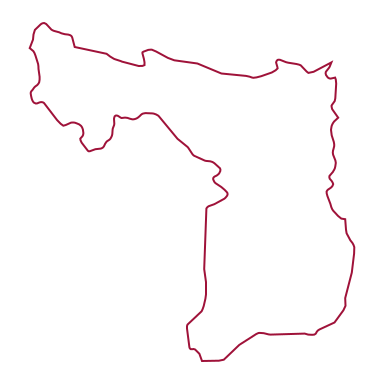 the border of Suphan Buri
{"feature_id": "THA-403", "entity_name": "Suphan Buri", "entity_type": "Province", "adm_level": 1, "iso_a3": "THA", "parent_name": "Thailand", "parent_adm1": "", "projection": "mercator", "projection_center": [99.785, 14.567], "detail": "fine", "context": "isolated", "style": "outline", "palette": "rose", "viewbox_px": 384, "rotation_deg": 0, "n_neighbors": 0, "source": "natural_earth", "source_scale": "10m", "svg_char_len": 3816}
<svg xmlns="http://www.w3.org/2000/svg" viewBox="0 0 384 384"><path d="M331.4,62.4L329.8,66.4L329.3,67.4L328.4,68.6L326.4,71.1L325.8,72.0L325.6,73.3L326.0,75.0L327.8,77.5L329.3,78.4L330.7,78.6L335.1,77.6L335.8,79.6L336.2,83.6L335.3,98.3L334.7,101.1L331.9,105.0L331.5,105.9L331.8,107.7L332.2,109.2L338.2,117.7L334.1,121.5L332.8,123.4L331.8,125.5L331.5,126.7L331.0,129.8L331.7,135.3L333.8,141.9L334.2,144.2L334.2,146.1L333.5,149.0L333.0,150.7L332.8,152.7L333.1,154.7L335.4,160.5L335.8,162.9L335.3,166.4L334.8,168.4L334.1,169.9L333.5,170.8L333.0,171.8L329.5,175.9L329.3,177.1L329.7,178.7L331.6,180.9L332.6,182.5L333.2,184.1L332.5,185.9L331.6,187.0L330.6,187.9L329.7,188.5L327.9,189.7L327.2,190.5L326.6,191.5L326.7,193.4L327.4,196.0L330.4,203.9L331.3,207.1L332.2,209.2L333.2,210.7L338.0,215.9L341.3,218.6L345.2,219.2L346.0,229.6L346.6,233.3L350.4,240.4L352.4,242.9L353.5,244.9L354.3,247.2L354.1,253.6L351.8,272.6L345.2,298.1L345.5,305.8L343.4,310.3L334.5,322.5L319.8,329.3L318.4,330.1L317.5,330.9L316.7,331.9L316.2,332.9L315.6,333.8L314.3,334.6L312.2,334.8L308.2,334.6L304.7,333.6L270.4,334.6L268.6,334.4L263.8,333.2L259.6,332.9L258.5,333.0L256.3,334.0L239.4,344.8L223.8,359.7L218.9,360.7L202.0,361.0L199.4,353.8L195.1,349.5L193.5,349.0L192.2,349.2L190.6,349.1L189.8,348.3L189.4,347.2L187.0,328.5L187.0,326.1L187.5,324.6L201.6,311.3L202.6,309.2L203.7,306.1L205.4,298.8L206.0,294.4L206.0,282.1L204.2,269.1L206.4,208.5L207.0,207.6L207.8,206.8L208.7,206.2L214.3,204.2L224.4,198.7L225.6,197.6L227.2,195.6L227.6,194.2L227.4,193.0L226.8,192.1L224.6,189.8L221.3,187.0L215.7,183.3L214.7,182.4L214.0,181.2L213.2,179.4L213.2,178.2L213.8,177.2L214.7,176.5L216.6,175.6L217.8,174.7L219.1,173.5L220.3,171.0L220.4,169.5L220.0,168.3L214.4,163.2L212.5,162.0L210.2,161.3L206.0,160.9L204.8,160.6L194.2,155.8L193.3,155.1L192.4,154.1L188.4,148.0L187.6,147.0L177.5,138.8L158.8,116.2L158.0,115.5L156.0,114.4L153.7,113.6L152.3,113.4L145.4,113.1L142.9,113.6L141.9,114.1L141.0,114.8L139.5,116.3L137.8,117.7L136.8,118.3L135.9,118.7L134.7,119.1L133.5,119.3L132.2,119.3L129.8,118.7L127.5,117.9L125.0,117.6L122.6,117.9L121.5,118.0L120.6,117.6L118.8,116.4L117.8,115.8L116.7,115.5L115.6,115.6L114.7,116.3L114.3,117.4L114.0,118.7L114.3,123.8L114.1,125.1L112.8,128.5L112.6,129.8L112.3,134.1L112.0,135.4L111.6,136.5L110.6,138.4L109.9,139.3L109.0,140.0L107.1,141.2L106.4,141.9L105.1,143.8L104.1,146.0L103.5,146.9L102.7,147.7L101.8,148.2L100.8,148.6L95.4,149.2L89.9,151.2L88.8,151.3L87.9,150.8L81.6,142.6L80.5,140.2L80.3,138.6L82.4,136.3L83.1,134.9L83.4,133.1L82.9,129.5L82.1,127.4L81.1,125.9L79.2,124.4L77.1,123.5L74.9,122.7L73.5,122.5L72.2,122.5L70.9,122.7L65.8,125.0L63.3,125.7L60.7,123.8L57.1,120.1L44.0,103.0L43.0,102.4L41.7,102.1L40.4,102.2L39.3,102.5L37.1,103.4L35.8,103.5L34.0,102.7L33.0,101.6L32.2,100.0L31.7,98.6L31.1,96.0L30.7,93.5L30.8,92.3L31.3,91.3L32.7,89.7L34.0,87.8L34.7,87.0L35.5,86.3L37.2,85.1L37.9,84.3L38.6,83.4L39.2,82.2L39.6,79.6L39.6,76.8L38.5,68.9L38.4,66.2L38.1,64.0L35.5,55.7L34.5,53.1L33.4,51.2L32.7,50.6L29.7,48.1L30.0,47.4L33.0,39.6L33.5,34.5L34.9,29.9L40.4,24.6L41.4,23.8L42.5,23.3L44.1,23.0L45.2,23.5L46.2,24.0L51.4,29.6L52.6,30.3L54.0,30.9L59.2,32.3L61.4,33.3L64.8,34.2L68.3,34.6L70.0,35.1L71.3,35.9L71.9,36.8L72.3,37.8L74.7,47.0L106.6,53.8L110.1,56.5L113.9,58.8L114.9,59.2L120.8,61.1L121.9,61.6L138.7,66.0L142.5,65.9L144.5,65.1L144.5,62.3L143.9,58.9L142.5,53.6L142.4,52.8L142.5,52.3L143.4,51.7L148.2,49.9L150.2,49.7L151.9,49.7L156.1,51.5L167.9,57.9L174.3,60.3L197.4,63.5L221.4,73.5L246.0,75.9L249.7,76.7L251.9,77.5L253.3,77.8L256.5,77.4L261.2,76.2L271.8,72.5L275.6,70.3L277.6,68.4L277.4,67.1L276.4,63.6L276.1,62.5L276.4,61.4L277.0,60.5L277.6,59.9L278.6,59.7L280.0,59.8L286.1,62.2L288.2,62.7L296.4,64.0L298.9,64.6L300.7,65.3L306.7,71.6L308.4,72.9L313.6,71.8L331.4,62.4Z" fill="none" stroke="#9f1239" stroke-width="2"/></svg>